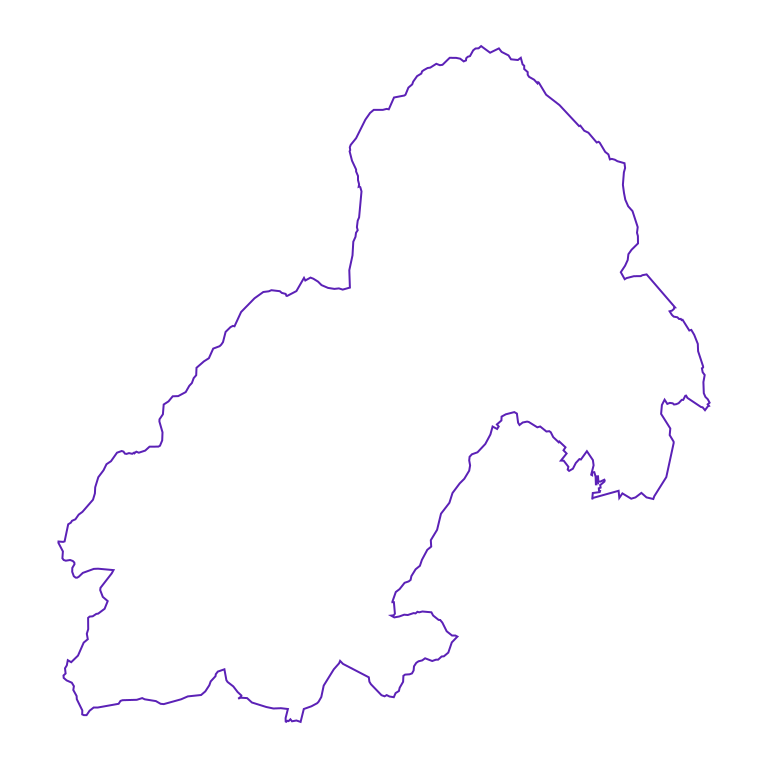 the district of Ilovat, Mehedinti, Romania, rotated 270°
{"feature_id": "2599482B93041864045087", "entity_name": "Ilovat", "entity_type": "district", "adm_level": 2, "iso_a3": "ROU", "parent_name": "Romania", "parent_adm1": "Mehedinti", "projection": "natural_earth1", "projection_center": [22.733, 44.823], "detail": "fine", "context": "isolated", "style": "outline", "palette": "violet", "viewbox_px": 768, "rotation_deg": 270, "n_neighbors": 0, "source": "geoboundaries", "source_scale": "gbopen_adm2", "svg_char_len": 6022}
<svg xmlns="http://www.w3.org/2000/svg" viewBox="0 0 768 768"><g transform="rotate(270 384 384)"><path d="M393.0,704.7L395.7,702.7L399.7,701.9L400.5,703.1L401.6,703.1L416.8,698.1L424.1,697.8L433.2,694.2L438.1,691.3L437.5,689.3L448.2,682.6L447.9,681.6L449.1,680.8L449.0,679.1L450.7,677.4L451.4,673.7L453.1,671.9L456.7,669.6L457.4,672.1L459.2,674.0L460.3,674.1L460.5,675.1L493.6,646.6L492.8,642.4L491.9,640.8L491.8,633.9L489.9,626.5L488.8,624.7L495.8,620.8L502.3,625.1L508.0,627.7L513.8,628.4L518.3,631.6L524.6,638.0L532.0,637.9L535.2,637.0L540.9,637.7L556.9,632.5L561.7,628.2L568.3,625.3L575.0,624.0L583.2,622.9L595.7,623.9L600.0,625.1L604.8,624.5L606.8,617.4L608.3,614.8L609.1,611.8L608.6,609.9L613.6,608.4L616.1,605.2L625.3,599.7L626.2,598.6L625.5,596.7L635.3,588.4L637.3,584.2L642.4,580.3L641.9,579.1L662.9,559.5L673.3,546.1L685.4,538.8L685.8,538.1L684.6,537.5L688.3,534.1L691.2,529.0L693.3,527.7L695.9,527.7L699.0,524.2L702.3,524.2L703.6,522.6L710.2,520.8L708.0,517.9L708.7,511.0L712.6,508.5L716.1,501.6L719.6,498.9L715.3,490.1L721.9,481.1L719.7,478.6L719.5,475.5L717.7,473.2L711.9,470.0L711.2,467.7L709.7,466.2L707.6,466.0L706.6,463.7L709.3,460.2L710.1,456.3L710.2,449.7L703.2,442.5L702.8,439.9L704.2,436.3L700.4,430.3L700.0,427.6L698.0,424.0L696.7,422.1L694.4,421.3L691.9,417.1L686.4,413.2L683.6,412.2L680.4,408.4L673.3,405.5L672.5,404.4L670.5,394.0L658.7,388.8L659.1,386.6L658.1,382.7L658.1,373.7L655.1,370.1L648.4,365.4L629.8,356.1L623.1,350.7L620.7,349.8L617.9,350.2L616.7,349.6L607.3,352.0L598.5,356.1L596.5,356.1L592.0,358.0L587.9,358.0L583.7,359.1L581.3,358.7L581.6,359.4L580.8,360.3L576.6,361.5L550.6,359.1L547.3,357.7L540.8,356.9L537.8,357.7L535.2,356.0L531.2,355.5L526.3,353.3L512.6,352.5L497.8,349.3L480.4,349.9L478.4,342.7L479.6,338.9L479.1,334.4L480.1,328.0L482.9,321.5L486.4,318.0L489.3,313.3L490.4,310.5L487.5,305.3L490.1,304.0L476.9,296.4L472.1,287.2L472.1,286.5L474.1,285.6L475.1,281.8L476.8,279.8L477.8,271.4L476.7,268.8L476.0,263.3L469.7,254.5L456.0,241.1L441.7,234.5L442.1,232.9L440.9,230.5L436.1,225.6L425.9,223.0L423.3,221.2L421.8,219.6L419.4,213.2L409.8,208.9L406.7,204.0L400.2,196.5L392.8,196.2L389.9,193.7L385.0,191.9L382.2,189.3L375.9,185.7L371.9,178.2L371.7,172.7L366.6,168.5L363.5,163.7L353.7,162.9L348.7,159.5L346.5,159.4L335.7,162.5L327.6,162.2L322.3,160.0L321.4,158.4L321.3,149.5L317.4,145.2L315.3,138.8L316.3,136.3L314.7,134.4L315.3,134.0L314.2,132.2L314.9,129.0L314.1,126.5L314.4,124.9L316.4,123.5L317.0,121.7L315.3,117.0L306.8,111.0L303.8,106.5L297.7,103.5L290.8,98.3L280.7,95.2L274.6,94.9L268.3,93.0L256.1,82.4L253.4,78.7L248.7,75.4L247.2,72.0L245.3,70.8L243.7,68.2L226.6,64.6L226.1,63.1L226.5,58.5L225.2,58.4L216.6,62.9L209.7,62.4L208.0,63.7L207.3,65.8L208.0,70.1L207.0,72.8L205.5,74.3L203.8,74.5L200.1,72.3L196.2,72.2L191.8,73.8L190.4,75.6L190.3,77.0L191.2,78.7L195.1,82.8L199.1,93.8L199.3,98.0L197.9,113.5L194.6,111.7L180.2,100.5L177.9,100.2L171.1,102.8L166.9,107.7L159.2,104.6L154.4,98.2L154.1,96.3L151.7,92.7L151.4,89.6L150.1,88.1L138.8,88.2L134.2,86.8L128.8,87.8L125.4,83.7L112.4,78.0L105.8,71.2L107.8,67.8L102.6,66.8L99.7,65.0L94.5,65.6L92.5,63.5L90.1,63.7L87.6,66.6L85.3,71.8L81.8,73.9L78.0,73.3L72.0,76.6L68.8,76.8L57.6,82.3L53.6,82.2L52.9,83.7L52.9,86.6L57.3,89.6L60.5,93.7L60.5,97.9L64.2,118.6L67.1,120.5L67.8,122.6L68.2,136.8L69.9,142.2L68.7,144.7L66.9,155.9L64.2,160.6L63.9,163.8L68.7,181.1L71.6,187.8L73.0,201.1L76.6,205.3L82.7,209.3L86.6,210.7L91.8,215.5L93.8,215.8L96.4,217.8L98.7,224.4L87.8,226.4L86.0,227.6L81.6,233.3L76.0,237.6L72.5,241.4L71.4,241.1L69.3,238.2L70.3,240.6L69.9,247.1L65.5,251.9L61.0,266.3L59.5,273.4L59.8,280.9L59.0,287.9L49.9,285.6L46.5,285.7L46.2,286.2L47.2,287.4L46.9,288.6L48.7,290.4L46.7,292.0L47.5,296.4L46.1,300.6L59.0,303.8L61.7,311.4L64.8,317.2L66.3,318.6L71.0,321.3L82.4,323.7L98.7,333.8L104.7,339.1L107.1,340.1L104.1,343.0L90.7,368.8L86.3,369.4L83.8,370.9L72.8,381.5L71.7,384.6L72.9,386.7L71.5,389.5L70.8,393.8L74.9,395.6L77.0,398.9L80.3,399.7L86.2,403.1L92.2,403.4L93.4,405.1L93.7,409.6L94.6,412.0L97.5,413.6L101.7,414.0L105.2,416.3L106.7,418.5L107.6,422.2L109.7,425.1L107.0,432.2L108.3,435.9L108.3,438.1L111.5,441.6L111.7,443.9L115.4,448.3L125.6,451.8L131.4,457.4L132.5,455.3L132.5,452.0L136.7,446.7L145.3,442.4L148.0,440.2L148.1,438.6L152.5,433.1L155.7,431.4L156.5,422.4L155.7,419.2L156.2,417.4L154.6,415.6L154.9,413.6L153.0,407.8L153.3,404.2L151.5,399.2L150.6,394.3L152.4,391.1L152.7,393.7L154.3,394.9L165.8,393.9L165.8,392.4L166.3,392.4L176.0,395.8L178.9,399.6L185.2,404.6L186.6,408.7L188.1,410.6L191.9,411.4L198.7,415.6L202.2,419.9L208.1,421.9L218.2,427.3L221.4,431.2L227.8,430.8L238.2,437.1L254.3,441.0L265.2,449.4L275.0,452.5L284.6,459.7L289.2,464.3L297.3,469.2L302.6,470.1L307.6,469.2L311.2,469.6L313.7,471.9L315.7,477.5L324.0,485.3L333.5,490.4L341.5,492.6L339.0,497.1L341.5,498.7L343.6,496.9L347.5,501.4L351.4,501.6L353.7,505.8L355.9,514.3L354.4,516.9L345.3,518.1L343.0,519.5L345.5,522.7L346.4,527.1L346.0,528.8L340.7,537.3L341.5,540.2L336.5,546.4L336.8,549.3L335.7,550.8L330.9,553.2L325.7,558.7L326.5,559.3L320.7,565.5L317.7,563.5L314.5,566.6L307.4,560.9L307.3,563.7L301.2,568.4L298.4,567.7L297.1,569.1L299.3,572.9L305.0,575.8L308.9,579.4L308.5,580.9L316.8,586.9L307.9,592.9L302.7,593.6L293.3,591.2L292.8,592.1L295.6,592.1L295.8,594.3L291.4,595.6L283.7,595.9L283.7,596.5L286.3,596.5L285.4,597.8L291.6,596.4L291.7,598.0L286.5,598.4L286.4,600.3L288.3,604.3L287.6,604.7L286.4,604.4L282.9,600.2L280.4,600.6L279.7,598.8L277.6,599.0L277.1,600.1L275.9,599.7L275.0,592.8L268.6,592.2L270.0,592.7L277.2,618.6L270.1,619.3L274.6,622.4L269.3,631.2L270.6,635.5L275.1,641.4L270.6,646.5L269.0,653.3L271.8,654.3L290.9,666.3L325.1,673.7L326.4,673.6L332.9,669.7L339.5,670.3L354.1,661.1L363.0,661.9L368.3,664.6L364.1,667.3L365.1,669.8L364.7,672.7L363.5,674.0L363.8,676.2L364.8,678.6L368.1,681.7L368.1,683.2L372.2,685.3L372.4,686.1L370.1,687.4L361.0,701.0L360.7,702.6L357.8,705.0L361.7,707.9L362.1,709.0L363.7,707.7L365.3,709.6L368.7,707.8L371.1,705.4L374.8,703.8L385.9,703.4L393.0,704.7Z" fill="none" stroke="#5b21b6" stroke-width="2"/></g></svg>